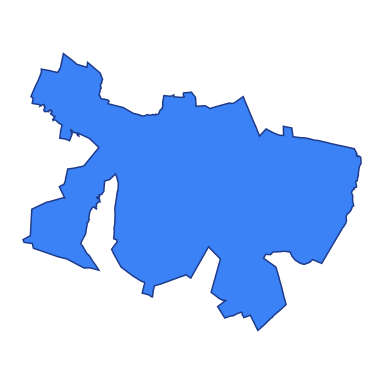 outline of Jitotol, Chiapas, Mexico
{"feature_id": "50627088B7857917037309", "entity_name": "Jitotol", "entity_type": "district", "adm_level": 2, "iso_a3": "MEX", "parent_name": "Mexico", "parent_adm1": "Chiapas", "projection": "natural_earth1", "projection_center": [-92.885, 17.089], "detail": "fine", "context": "isolated", "style": "filled", "palette": "blue", "viewbox_px": 384, "rotation_deg": 0, "n_neighbors": 0, "source": "geoboundaries", "source_scale": "gbopen_adm2", "svg_char_len": 5824}
<svg xmlns="http://www.w3.org/2000/svg" viewBox="0 0 384 384"><path d="M355.6,182.1L356.0,181.3L357.1,181.0L357.5,179.5L357.4,178.6L358.3,175.7L358.5,172.2L358.8,169.8L359.6,166.1L361.0,163.7L360.9,158.7L360.6,157.1L357.8,155.6L357.3,156.4L356.2,155.0L356.9,153.9L355.4,150.8L354.2,148.7L330.4,143.5L327.0,142.5L323.9,141.9L317.8,140.4L315.0,140.3L311.4,139.3L307.6,138.4L304.3,137.8L302.0,137.8L296.5,137.2L293.0,136.7L292.8,135.1L291.8,128.0L287.7,127.2L287.0,127.1L283.3,126.3L283.6,135.5L279.3,135.2L273.7,133.0L266.1,128.9L259.5,136.1L258.2,132.6L257.2,130.4L256.0,127.1L253.5,121.6L244.6,100.1L243.2,96.6L234.4,102.8L233.1,103.3L231.9,103.5L231.1,103.4L230.1,103.1L229.0,103.1L213.9,107.3L209.7,108.6L208.9,107.9L206.3,106.4L205.6,105.9L204.3,105.8L202.0,105.9L196.1,106.3L195.5,97.4L194.2,95.7L192.8,94.1L191.6,92.2L183.6,92.9L183.2,94.6L184.3,96.9L181.3,97.4L174.7,96.9L173.8,96.7L173.9,95.0L171.1,96.1L170.9,96.3L168.6,96.1L163.9,95.6L163.8,95.8L163.6,96.9L163.3,99.7L163.2,99.7L163.2,100.1L163.0,100.9L162.6,101.9L162.9,103.2L162.6,103.9L162.8,105.5L162.5,106.3L162.7,107.2L162.4,108.2L162.0,108.2L161.8,109.0L160.6,109.6L159.5,111.3L159.4,112.1L158.6,113.7L157.8,114.4L157.0,114.6L155.8,114.2L155.7,114.8L154.7,114.9L153.5,114.6L152.6,114.5L151.7,114.9L150.4,115.2L149.7,115.5L148.7,115.1L148.0,114.7L146.8,114.7L145.9,115.3L144.8,115.7L144.0,115.9L143.5,116.1L142.6,115.8L141.9,116.0L140.4,115.2L135.8,113.9L133.6,113.5L123.1,107.5L108.2,103.8L108.1,103.5L108.6,101.8L109.1,101.1L108.6,100.5L107.8,100.0L106.3,99.6L105.5,99.6L104.7,99.1L103.6,99.1L102.4,99.2L102.1,98.9L101.5,98.6L101.0,98.3L100.4,97.5L100.2,96.2L99.1,95.5L100.4,89.1L101.2,88.3L101.0,87.0L100.7,86.5L100.6,86.0L100.3,85.5L100.3,85.3L100.5,84.6L101.5,83.4L101.4,83.1L101.6,82.7L101.6,82.3L101.8,82.0L101.8,81.5L102.3,80.1L102.6,79.6L100.2,73.1L87.6,62.4L86.9,67.3L76.8,64.3L73.7,61.5L63.4,53.6L60.5,67.4L57.8,72.5L53.9,71.7L50.0,70.7L41.3,69.1L41.4,71.6L41.2,72.9L39.4,77.5L38.3,80.2L34.3,88.6L31.0,96.5L32.4,97.8L33.2,98.1L32.2,103.4L39.8,104.7L40.5,105.0L40.0,106.2L42.7,104.8L42.9,104.8L43.6,104.4L44.5,105.3L44.4,105.6L44.2,105.8L44.4,107.0L44.5,107.2L44.7,107.3L44.9,107.2L45.2,107.5L43.7,110.0L44.1,110.9L45.0,111.7L45.8,111.5L47.9,111.5L48.7,111.7L48.8,110.9L49.2,110.5L49.7,110.3L49.9,110.1L50.1,110.4L50.5,110.7L51.4,110.3L51.4,111.5L51.9,111.6L52.0,112.1L51.9,112.4L51.4,112.5L51.1,113.2L50.7,113.6L51.3,114.7L52.0,114.6L52.5,115.0L53.5,116.0L53.7,116.5L54.5,116.4L54.9,116.4L54.8,116.7L54.4,117.3L54.2,117.8L53.9,118.3L53.9,118.5L52.8,119.4L53.1,119.6L53.2,119.9L53.2,120.5L54.0,120.0L54.3,120.0L55.5,120.0L59.0,123.3L59.7,123.6L62.0,125.0L60.7,130.6L59.8,138.2L65.6,139.1L69.5,140.7L72.1,134.1L70.7,130.3L70.8,129.8L71.7,130.3L72.1,130.6L72.5,131.1L73.0,132.1L73.2,132.5L74.4,132.5L75.1,132.8L76.0,132.8L76.5,133.1L77.6,135.4L78.8,136.1L78.7,135.1L78.2,133.2L89.4,138.4L98.9,147.5L83.8,166.0L74.4,168.1L67.7,169.0L66.4,175.3L66.0,176.5L65.3,180.7L64.7,182.4L63.8,184.5L60.7,185.7L59.3,186.9L59.9,187.9L61.5,191.3L64.7,197.9L62.2,197.9L60.3,198.6L55.2,200.0L48.5,201.9L46.7,202.2L31.8,209.2L30.5,233.4L30.2,235.8L29.0,236.4L23.0,239.7L24.1,242.4L32.3,243.5L33.4,248.2L58.2,256.8L65.9,258.7L67.4,259.2L84.0,268.0L90.0,267.8L92.1,268.4L94.9,269.1L98.8,270.2L96.2,266.0L94.4,263.4L92.9,261.5L91.3,258.9L89.9,256.4L88.7,255.1L86.8,253.4L82.7,246.2L81.2,244.4L80.8,243.5L81.9,240.7L85.6,234.0L86.3,229.0L87.1,225.2L87.1,223.1L87.2,222.7L87.9,222.6L89.3,219.2L88.7,218.2L89.2,215.6L89.9,211.4L92.6,207.3L93.6,206.9L96.8,209.4L96.1,207.8L96.1,206.5L96.6,206.1L96.3,204.1L96.4,203.8L97.5,203.2L98.3,201.6L100.0,201.9L99.2,197.9L98.6,198.6L97.7,197.9L97.2,198.2L96.6,197.4L99.6,196.3L99.1,195.0L101.1,194.5L102.0,194.2L102.2,193.4L103.3,192.1L103.8,191.2L104.6,181.1L110.0,179.4L109.9,179.1L110.7,178.4L111.8,177.5L114.4,175.0L115.5,174.0L116.5,176.3L118.3,183.0L118.2,187.9L117.8,190.8L117.5,190.9L116.8,195.0L116.5,197.3L116.3,199.1L115.1,206.3L114.8,209.1L115.1,213.5L115.1,215.1L114.9,218.5L115.0,219.6L114.6,224.9L114.0,228.3L114.3,231.1L114.0,235.2L113.7,238.7L116.6,239.8L117.2,241.7L111.6,249.3L113.6,253.6L121.1,267.1L133.2,276.2L140.4,280.6L141.1,281.1L141.9,281.5L143.0,281.7L144.8,282.6L142.2,293.1L146.6,294.2L148.6,294.9L149.2,294.9L150.9,296.4L152.5,296.9L153.2,291.1L154.4,285.8L154.5,285.8L155.9,285.3L160.3,284.2L180.7,276.7L184.8,275.4L185.6,274.6L190.8,278.1L208.5,246.8L220.4,259.0L211.1,292.3L218.4,297.8L218.4,298.1L222.8,300.3L225.8,300.4L217.6,306.6L224.8,318.0L230.0,316.2L233.5,315.6L236.8,313.8L241.1,312.3L241.5,312.1L241.9,312.6L242.1,313.4L242.2,314.7L242.5,315.3L242.9,315.6L243.9,317.6L247.9,316.2L249.0,315.7L250.4,315.3L257.8,330.4L263.3,325.7L267.3,321.8L270.8,318.3L272.5,317.2L272.8,316.3L277.9,311.9L279.0,311.1L279.4,310.7L286.1,304.6L285.1,300.8L283.7,296.0L283.0,292.8L282.4,290.7L282.1,289.0L280.3,282.5L279.4,279.6L279.2,278.3L278.8,276.9L275.9,267.0L274.8,266.3L273.7,265.5L266.1,260.1L264.9,259.3L263.6,258.3L265.7,254.3L267.9,254.5L270.5,254.6L271.1,254.2L271.7,253.3L272.9,252.1L273.7,252.0L281.4,251.6L282.9,251.3L283.7,251.2L285.1,251.3L286.6,251.5L290.0,252.0L292.2,256.5L295.4,260.3L300.3,263.3L304.2,264.4L309.8,262.3L311.2,260.8L311.5,260.7L312.6,259.6L321.7,263.4L340.3,231.8L341.4,230.1L342.7,227.6L343.1,227.1L343.6,226.9L344.2,225.6L345.7,223.5L345.9,222.7L346.0,222.0L346.4,221.0L346.5,220.2L346.1,216.9L346.5,215.4L346.7,215.0L347.2,214.3L347.8,213.6L349.5,212.3L349.6,212.0L349.9,211.4L350.7,210.7L351.1,210.0L351.1,209.6L351.6,208.8L351.8,208.1L352.2,206.8L353.6,206.0L353.5,204.3L352.9,203.0L352.6,199.7L352.5,198.2L352.7,197.1L352.7,195.7L352.4,194.7L352.2,194.2L351.8,193.6L351.4,192.5L352.5,190.3L353.0,189.9L354.0,189.4L354.2,188.9L353.8,188.2L354.1,187.7L356.1,187.4L356.4,187.2L356.5,186.1L356.4,184.9L355.6,182.1Z" fill="#3b82f6" stroke="#1e3a8a" stroke-width="1.5"/></svg>